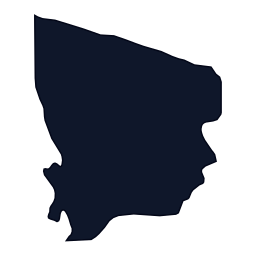 the border of Coronie
{"feature_id": "SUR-71", "entity_name": "Coronie", "entity_type": "District", "adm_level": 1, "iso_a3": "SUR", "parent_name": "Suriname", "parent_adm1": "", "projection": "equal_earth", "projection_center": [-56.304, 5.634], "detail": "fine", "context": "isolated", "style": "filled", "palette": "ink", "viewbox_px": 256, "rotation_deg": 0, "n_neighbors": 0, "source": "natural_earth", "source_scale": "10m", "svg_char_len": 1447}
<svg xmlns="http://www.w3.org/2000/svg" viewBox="0 0 256 256"><path d="M34.8,15.4L37.6,17.0L42.6,18.8L55.0,20.3L83.7,29.2L100.4,35.1L113.9,35.9L126.3,40.2L135.3,43.6L143.5,46.5L161.3,51.7L172.2,56.6L178.6,58.9L184.1,60.2L194.3,65.0L211.0,67.1L215.8,74.2L219.6,77.2L221.1,82.0L221.1,112.6L220.7,114.3L217.0,119.5L213.0,120.8L205.8,121.9L203.6,122.9L202.1,124.4L201.4,126.2L200.9,128.8L201.0,131.0L201.6,133.4L202.5,136.1L204.6,140.3L211.6,150.6L212.6,151.7L214.6,154.6L216.1,161.3L205.3,165.9L201.9,168.9L201.4,170.4L201.4,172.2L203.9,178.3L203.6,182.0L202.7,183.3L199.2,184.8L192.9,189.8L191.1,192.3L188.9,197.7L187.8,198.8L182.9,200.7L178.3,212.8L175.9,214.1L159.7,215.6L133.7,213.8L118.4,215.4L113.1,217.5L109.1,220.7L104.4,227.3L98.9,233.5L95.5,236.6L91.2,239.4L66.4,240.6L69.2,236.5L71.1,234.8L72.3,231.6L72.3,228.3L70.9,224.8L69.1,218.7L67.6,214.9L65.4,211.1L63.7,209.9L62.2,210.1L61.0,211.3L60.1,213.6L59.3,218.9L58.6,220.7L57.0,221.5L54.6,220.2L50.4,218.9L48.6,217.9L48.3,216.4L48.9,214.2L49.9,212.0L50.1,208.1L51.2,205.9L52.5,204.1L54.0,201.6L55.2,198.2L55.4,193.2L54.7,189.7L53.4,186.9L44.6,174.8L43.7,171.2L44.1,169.1L45.5,168.8L47.3,169.2L49.0,168.9L50.5,167.4L51.8,165.5L53.4,163.7L55.0,163.2L56.8,164.0L59.9,166.6L61.3,166.3L62.1,164.6L62.7,160.2L62.2,156.6L61.5,154.1L51.9,138.4L45.2,120.4L44.6,116.6L44.1,108.5L43.0,105.3L40.1,99.2L36.0,87.1L35.3,78.1L34.8,18.8L34.8,15.4Z" fill="#0f172a" stroke="#020617" stroke-width="1.5"/></svg>